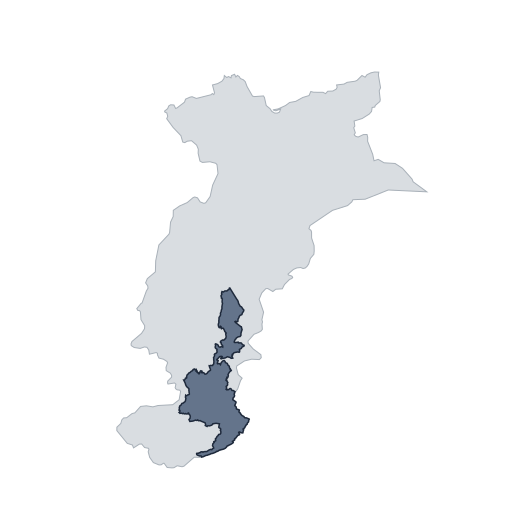 K.P. on a map of Pakistan (Natural Earth projection), rotated 164°
{"feature_id": "PAK-1123", "entity_name": "K.P.", "entity_type": "Province", "adm_level": 1, "iso_a3": "PAK", "parent_name": "Pakistan", "parent_adm1": "", "projection": "natural_earth1", "projection_center": [72.151, 34.071], "detail": "fine", "context": "in_parent", "style": "filled", "palette": "slate", "viewbox_px": 512, "rotation_deg": 164, "n_neighbors": 0, "source": "natural_earth", "source_scale": "10m", "svg_char_len": 9662}
<svg xmlns="http://www.w3.org/2000/svg" viewBox="0 0 512 512"><g transform="rotate(164 256 256)"><path d="M431.4,111.4L437.9,126.5L436.9,129.8L432.1,132.3L430.2,135.4L427.9,136.8L424.9,136.2L418.6,138.7L415.7,138.6L408.4,143.2L402.6,142.2L396.7,139.4L391.5,139.3L377.0,136.0L369.5,139.0L365.8,146.6L366.2,148.0L368.7,149.1L369.8,150.5L370.0,151.7L368.3,154.9L369.3,156.4L375.9,157.2L376.0,158.4L375.3,160.1L370.5,162.8L370.0,164.6L370.6,167.0L373.9,170.5L373.2,173.8L370.4,177.7L370.7,179.2L373.4,182.3L377.4,184.6L378.0,188.2L377.5,189.6L378.6,190.7L385.5,191.0L385.0,195.2L386.0,198.3L388.3,199.3L392.8,199.1L398.3,201.6L400.6,204.2L400.4,205.9L398.8,208.0L387.3,213.2L383.2,216.8L382.2,219.7L384.1,226.5L382.5,234.2L383.0,235.6L384.6,236.2L385.1,238.3L379.4,242.2L378.5,242.2L371.1,252.5L368.7,254.8L368.3,257.1L369.5,260.6L366.7,264.2L357.1,268.5L353.7,279.1L346.3,293.4L333.6,301.0L332.5,302.5L328.8,312.1L324.7,316.8L322.9,322.7L315.5,325.2L307.4,326.3L300.3,329.5L298.6,329.6L296.2,328.0L294.8,323.4L291.6,321.0L289.7,321.0L283.7,325.8L278.1,336.1L269.8,345.7L268.3,354.5L269.1,356.2L274.3,359.3L281.7,360.7L283.7,362.7L283.3,370.7L282.0,374.6L282.5,379.0L286.2,384.6L290.4,385.3L293.2,384.6L295.0,385.7L295.0,392.4L300.2,402.3L304.0,412.6L302.4,414.5L302.3,415.8L302.3,418.1L304.0,419.6L303.9,420.5L300.3,422.0L298.5,424.3L296.4,424.9L293.3,423.8L292.6,420.0L291.2,420.1L282.3,423.6L280.5,426.2L275.5,426.9L273.5,426.7L269.9,423.9L254.8,423.4L253.2,424.2L252.1,422.8L250.9,424.2L250.7,432.4L245.3,432.3L240.6,433.4L237.9,435.4L236.7,438.2L234.9,435.6L233.0,436.1L230.9,434.1L229.9,436.2L226.5,436.6L226.0,433.6L224.1,434.7L222.7,433.1L222.1,430.9L219.6,428.9L218.3,426.6L217.9,421.4L215.3,410.7L213.7,409.7L204.7,407.8L204.2,406.0L204.7,397.8L201.8,393.6L201.0,390.7L198.6,388.2L196.2,387.5L193.8,387.8L191.8,390.5L196.9,390.1L199.5,391.8L194.1,391.3L186.1,392.5L181.4,394.3L175.2,393.7L167.3,395.5L160.8,395.6L158.0,399.0L155.4,397.5L146.5,394.9L144.4,392.9L141.6,394.6L136.7,393.4L132.9,394.3L131.5,395.8L131.4,398.2L124.0,397.0L120.5,397.8L112.5,396.7L110.4,397.0L104.4,400.3L101.8,397.8L99.3,399.7L95.1,400.4L91.4,400.2L87.3,398.9L88.5,396.2L89.9,383.4L92.0,380.9L93.5,372.0L94.3,370.4L99.9,367.8L100.8,366.4L103.4,366.8L105.1,363.1L108.1,361.2L116.0,358.9L124.5,358.7L125.2,353.6L126.7,352.4L126.6,347.0L128.1,345.7L128.0,344.9L127.0,343.4L125.0,342.2L119.3,343.1L115.8,342.2L115.9,339.3L117.1,335.5L115.8,321.6L116.3,315.0L111.9,315.2L107.2,310.3L96.8,306.6L91.0,299.9L84.8,286.9L84.5,284.0L74.1,270.6L110.7,283.0L135.4,280.5L147.3,283.4L149.0,281.6L154.1,279.2L169.9,278.8L195.7,270.4L197.6,267.6L196.1,265.5L196.0,263.7L197.6,257.9L197.3,250.0L198.7,244.7L199.9,241.7L204.4,238.7L207.5,233.9L209.7,232.0L211.9,230.9L214.2,231.0L216.2,232.6L220.0,233.3L223.7,232.8L230.2,229.8L230.1,228.9L227.1,226.8L226.6,225.4L227.7,224.5L230.3,224.2L236.5,220.7L239.8,217.2L246.1,218.6L249.6,217.2L253.7,221.5L255.6,221.9L260.5,219.0L264.9,213.6L264.2,199.9L267.9,193.1L267.9,190.9L269.0,189.0L270.1,183.8L271.6,182.6L274.6,181.8L279.5,181.3L287.1,176.5L287.6,174.3L284.3,167.4L278.5,159.8L279.0,156.8L281.3,155.5L288.7,158.0L296.0,158.3L304.8,155.6L305.7,153.7L305.8,146.8L303.0,142.4L305.2,140.5L310.3,133.2L313.9,130.5L317.5,124.5L315.9,121.6L317.1,118.4L316.5,114.6L315.3,113.2L313.3,106.7L311.4,103.8L308.0,101.0L309.0,98.8L317.6,90.2L320.9,90.3L322.0,88.9L328.1,84.8L329.4,83.0L339.7,79.5L350.6,78.4L364.9,77.8L370.9,79.6L383.2,73.8L385.2,73.8L389.6,76.1L393.2,75.1L395.2,75.5L399.7,77.2L401.4,82.0L402.2,82.3L404.7,81.4L406.8,81.9L411.6,85.7L413.7,91.7L413.6,97.5L412.2,99.7L412.4,100.8L415.9,102.6L417.7,106.8L420.0,107.3L426.6,105.3L426.9,108.4L431.4,111.4Z" fill="#d9dde1" stroke="#a8b0b8" stroke-width="1"/><path d="M362.1,77.6L363.7,77.7L363.6,78.2L363.9,78.9L365.3,79.3L367.4,80.9L367.7,81.6L367.5,82.6L367.3,82.7L365.4,82.2L364.7,82.6L363.9,82.3L363.0,82.9L361.7,82.7L361.1,82.0L360.6,82.2L359.5,82.2L357.2,81.6L354.5,82.5L352.7,82.6L351.9,82.0L350.9,82.7L349.6,83.0L349.6,84.0L350.1,85.6L349.2,87.4L347.6,88.3L347.8,88.9L347.7,89.2L345.7,89.5L345.5,90.1L345.5,91.3L345.3,91.6L344.3,92.0L343.3,93.2L341.8,93.9L341.2,94.7L339.7,94.6L339.1,94.9L338.6,95.5L338.1,97.4L338.4,98.1L337.7,99.1L337.6,99.5L337.9,100.2L338.8,101.0L339.0,101.7L337.4,104.8L340.5,106.2L343.5,106.6L343.8,106.6L344.0,106.2L345.2,105.6L347.4,105.5L349.0,106.1L349.5,106.0L350.0,105.6L351.5,107.0L350.9,107.7L350.9,109.7L354.5,112.5L354.9,113.1L356.5,113.4L357.2,114.5L357.9,114.2L358.4,114.3L359.3,114.9L362.0,114.7L365.2,115.2L365.5,117.3L364.2,118.1L363.4,119.8L363.3,121.1L364.0,122.3L364.0,123.4L364.4,123.8L365.2,123.1L366.0,123.2L366.7,123.5L367.3,124.0L367.8,123.8L368.6,124.1L369.3,124.9L370.1,124.7L371.0,125.5L372.5,125.7L372.6,126.2L373.1,126.8L372.3,127.2L371.8,128.0L371.8,128.5L372.4,128.8L372.5,129.2L371.8,130.0L371.6,131.4L371.1,131.9L370.9,132.6L370.6,132.9L369.3,133.3L367.9,134.7L366.3,134.7L365.5,135.2L364.8,135.3L363.9,136.0L362.6,138.5L362.8,139.6L362.0,141.5L361.6,140.9L361.1,140.8L360.0,141.3L359.1,141.2L358.2,141.5L357.9,142.6L357.9,143.6L357.7,144.1L357.6,145.2L357.1,146.7L357.2,147.2L358.7,149.6L359.1,151.5L359.1,153.4L359.7,156.7L359.1,156.5L358.4,156.8L357.5,158.0L356.7,157.8L356.3,157.9L356.1,158.3L356.2,158.7L355.1,160.6L353.6,161.4L352.5,162.2L351.4,162.2L350.2,163.0L348.9,163.2L347.7,164.2L346.6,164.4L346.6,163.8L344.7,163.6L344.7,162.9L345.3,162.3L345.5,162.0L345.1,161.7L344.6,161.8L344.3,161.6L344.7,161.1L344.7,160.3L344.5,160.1L344.0,160.2L343.6,159.7L343.7,158.9L343.3,158.4L342.9,158.5L342.4,159.0L342.4,159.5L341.9,159.8L341.4,160.6L340.6,160.9L339.6,160.1L339.7,159.7L340.5,159.0L340.4,158.8L340.0,158.6L338.5,158.3L338.2,157.9L337.6,156.4L336.3,156.4L335.5,156.6L333.7,158.0L331.3,158.7L331.0,159.7L331.3,162.3L331.2,163.4L330.6,163.1L330.1,163.4L327.9,162.7L327.3,163.4L326.4,163.9L325.4,166.6L325.3,168.0L324.9,168.7L324.9,169.9L323.7,171.0L323.1,172.2L323.2,172.8L322.6,173.3L321.4,173.4L320.1,174.1L319.8,174.6L319.8,175.6L319.2,176.9L319.3,177.3L319.7,177.6L320.4,178.8L320.4,179.3L320.3,179.9L319.7,180.8L319.5,181.3L319.5,182.4L319.2,182.7L318.2,182.2L317.3,181.3L316.9,180.5L316.9,179.3L316.3,178.6L315.6,178.2L314.5,178.5L313.7,178.2L313.1,177.6L313.0,177.8L312.8,178.9L313.1,179.4L313.2,180.0L313.6,180.7L313.4,182.2L313.9,182.5L314.0,182.9L313.9,183.3L313.3,183.9L311.3,184.5L310.2,184.0L307.8,185.2L306.9,186.7L306.6,189.6L305.9,190.1L306.8,192.1L306.9,193.4L307.3,195.4L307.9,195.8L309.3,195.6L309.4,196.3L309.0,197.4L309.4,198.3L309.6,198.3L310.5,197.1L311.0,197.2L311.4,198.1L311.3,200.0L311.0,200.9L309.9,202.5L309.7,203.8L309.1,205.1L308.6,206.8L308.3,207.3L307.3,208.0L306.3,209.2L306.0,210.8L304.7,212.3L304.3,213.5L303.3,214.6L302.7,216.8L301.2,219.8L301.3,221.1L300.2,224.1L300.9,225.2L300.5,225.8L300.7,226.6L300.5,227.6L299.5,228.4L299.3,229.3L299.4,229.8L298.5,231.2L297.2,230.4L295.5,231.0L293.6,230.4L292.4,231.1L291.3,231.2L290.9,231.7L290.6,232.4L290.0,232.5L286.3,219.4L285.9,218.6L285.7,217.1L285.8,215.2L285.0,212.0L284.1,211.2L283.8,210.7L283.3,208.8L282.6,207.6L282.7,207.1L283.3,206.2L284.8,205.0L285.7,203.6L286.7,203.4L287.5,203.4L288.8,202.5L289.4,201.5L290.7,200.2L291.5,198.1L292.2,198.0L293.7,198.9L294.3,198.7L294.1,197.8L290.0,192.2L289.6,192.0L289.7,188.9L290.1,188.5L291.7,186.0L292.4,183.8L293.5,183.0L295.4,183.2L297.5,182.6L298.2,181.8L298.9,181.6L300.4,179.9L300.7,179.2L300.5,178.8L299.2,178.4L296.8,178.1L296.7,177.9L296.8,177.3L294.3,176.6L293.8,175.8L293.5,174.5L292.1,173.6L292.1,173.0L292.6,172.6L294.5,172.3L295.6,171.2L297.6,170.8L297.8,170.5L297.8,169.2L298.4,168.2L298.8,168.1L299.9,168.8L303.5,169.1L304.1,168.9L304.7,168.4L305.9,168.1L306.0,167.9L305.5,167.6L305.6,167.3L306.9,166.5L306.5,165.3L306.5,164.2L308.1,164.5L308.8,165.5L311.3,167.1L312.2,166.8L313.6,166.5L317.1,166.8L317.8,166.7L318.1,167.0L318.0,167.5L316.4,168.2L316.2,168.5L316.5,168.9L317.3,169.2L318.7,169.3L321.1,167.8L322.1,167.4L322.3,167.1L322.3,166.9L321.2,165.9L322.7,163.7L322.8,163.3L322.7,163.0L320.9,162.7L320.6,162.3L320.1,161.3L319.2,162.7L318.2,163.5L317.0,164.2L315.9,164.4L315.3,164.3L314.8,163.1L314.8,162.0L313.2,160.6L313.1,159.0L312.3,157.9L312.1,157.3L312.3,155.8L312.1,155.2L311.8,154.8L312.1,154.4L312.1,153.9L312.1,153.7L311.3,153.2L311.3,152.7L313.1,152.0L314.7,150.7L314.9,150.4L315.6,149.7L315.6,148.4L316.1,147.9L316.2,147.5L316.8,146.9L317.5,147.3L317.6,146.4L318.3,146.2L318.3,145.4L319.1,145.0L318.8,144.3L318.3,144.2L318.3,143.3L317.9,142.2L318.5,141.6L318.8,139.9L319.8,139.1L320.1,139.2L320.6,138.9L320.7,137.7L320.5,137.0L321.5,136.2L321.0,135.4L319.2,135.1L317.7,135.8L317.0,135.6L316.6,135.2L316.2,133.4L314.8,132.9L313.6,131.3L314.2,130.9L314.5,130.0L315.1,129.3L315.1,127.6L315.6,126.8L317.2,125.8L317.9,124.4L317.8,124.0L317.2,123.4L315.5,121.3L315.6,120.6L317.6,118.3L317.6,117.8L316.8,116.6L316.7,116.0L317.0,114.5L316.4,113.8L314.7,112.9L314.5,112.4L315.2,111.3L315.3,110.8L315.2,110.3L314.4,109.3L314.3,108.2L313.4,106.4L312.1,105.3L311.8,104.9L311.7,104.0L311.4,103.6L309.5,102.9L309.0,102.3L307.6,101.4L307.5,100.9L308.5,99.8L308.8,98.7L310.5,97.7L310.9,96.7L312.3,96.2L314.5,93.9L316.2,93.2L315.9,92.4L316.0,92.0L316.7,91.1L317.2,89.9L317.4,89.6L318.2,89.8L319.5,90.6L320.1,91.3L320.5,91.5L321.2,91.3L321.4,91.0L321.0,89.9L321.0,89.0L321.4,88.7L323.2,88.5L325.5,86.7L326.8,86.3L327.2,85.9L327.1,85.2L327.3,85.0L329.7,84.3L329.3,83.3L329.3,82.9L329.7,82.7L330.7,82.3L332.6,81.8L333.6,81.8L334.5,81.5L336.0,81.4L337.3,80.3L338.4,79.7L339.8,79.4L341.3,79.3L343.1,79.5L345.1,79.4L346.8,78.8L347.8,79.1L348.9,78.5L352.2,78.2L353.9,78.4L355.3,78.0L356.4,78.1L357.8,77.9L359.2,78.1L362.1,77.6Z" fill="#64748b" stroke="#1e293b" stroke-width="1.5"/></g></svg>